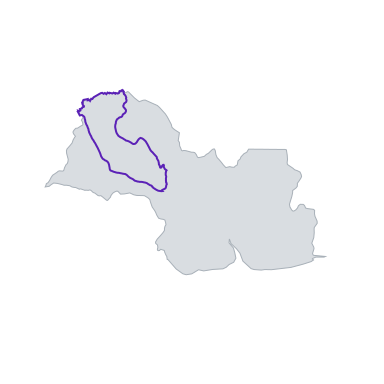 IX-2 Rewa(Illiwa)/U.E, Upper Takutu-Upper Essequibo, Guyana shown in context, rotated 132°
{"feature_id": "73187651B68809145182680", "entity_name": "IX-2 Rewa(Illiwa)/U.E", "entity_type": "district", "adm_level": 2, "iso_a3": "GUY", "parent_name": "Guyana", "parent_adm1": "Upper Takutu-Upper Essequibo", "projection": "orthographic", "projection_center": [-58.667, 2.726], "detail": "fine", "context": "in_parent", "style": "outline", "palette": "violet", "viewbox_px": 384, "rotation_deg": 132, "n_neighbors": 0, "source": "geoboundaries", "source_scale": "gbopen_adm2", "svg_char_len": 9601}
<svg xmlns="http://www.w3.org/2000/svg" viewBox="0 0 384 384"><g transform="rotate(132 192 192)"><path d="M122.3,178.6L114.2,169.5L106.1,160.3L98.1,151.3L97.5,150.1L100.9,145.9L103.9,142.8L106.5,141.0L107.7,139.5L106.8,132.9L106.8,130.6L105.7,128.0L104.9,125.1L105.9,122.7L107.1,121.0L108.7,120.4L112.4,119.8L115.1,119.5L116.0,118.6L117.5,117.5L119.6,117.4L123.5,118.2L125.3,116.7L128.6,114.8L135.9,111.4L137.6,109.2L138.7,105.7L138.6,104.1L137.8,103.5L136.0,102.9L133.3,102.9L131.0,103.7L128.7,103.3L126.8,101.1L126.7,99.4L127.9,96.9L127.2,95.3L123.6,90.1L123.6,88.6L126.3,86.3L127.8,84.3L129.9,79.6L131.5,78.0L136.6,77.4L137.9,76.4L140.5,73.9L144.4,71.0L149.9,68.7L151.5,64.6L152.5,63.4L157.0,61.3L157.7,60.1L157.6,59.1L150.6,49.7L152.0,50.3L157.5,56.4L160.5,57.8L161.2,57.8L161.2,56.2L164.0,56.9L171.2,61.1L181.8,68.0L196.6,81.0L200.9,86.0L203.7,88.3L208.1,94.0L209.4,96.8L209.3,107.9L205.4,115.4L204.4,121.0L204.2,128.5L201.9,132.8L205.0,130.5L205.9,123.7L208.5,119.6L211.8,115.1L216.3,114.0L221.1,115.9L225.0,116.2L228.4,117.6L235.7,124.8L242.8,130.5L245.4,135.1L253.0,137.4L257.4,141.0L258.9,144.1L259.8,152.3L258.3,164.6L258.7,165.3L256.7,167.7L256.3,169.2L255.0,172.0L254.0,173.5L255.5,176.9L257.2,177.0L257.9,177.5L258.3,178.2L258.2,178.9L257.6,179.5L255.9,180.4L254.4,182.3L254.5,184.5L253.6,185.6L250.4,186.3L244.3,186.3L241.3,186.4L238.9,186.8L237.4,188.2L235.4,189.2L233.8,189.4L232.4,191.1L231.0,193.4L231.5,195.0L232.9,197.1L233.8,199.3L232.7,202.8L231.4,205.5L230.7,207.6L229.8,211.5L227.4,215.9L225.8,218.4L225.8,221.1L226.6,225.0L231.4,230.6L233.0,233.3L234.3,237.6L238.6,240.9L241.4,243.7L241.1,247.3L241.5,248.4L243.2,249.3L245.2,250.0L247.5,250.0L249.5,249.7L250.0,249.2L254.7,249.1L255.3,250.0L255.5,255.2L255.7,257.3L256.8,258.2L257.5,259.4L257.6,260.6L257.8,263.5L258.5,265.1L258.4,268.2L258.8,269.3L260.1,270.1L261.8,272.3L262.4,272.6L262.7,273.4L264.1,276.6L264.9,277.5L265.4,277.6L265.6,278.7L266.6,281.7L267.3,282.4L268.6,284.6L269.1,287.0L270.9,289.7L272.6,291.6L273.4,293.5L275.7,297.8L277.9,300.8L280.9,301.6L283.4,302.0L284.9,303.2L286.5,304.5L284.8,305.0L283.3,305.8L281.3,305.2L278.5,305.6L275.5,306.4L272.8,306.8L267.7,305.5L266.1,305.3L265.0,304.7L262.9,302.0L261.9,301.7L259.2,303.0L255.9,303.9L254.2,303.7L252.3,304.6L250.6,305.8L247.2,311.0L245.4,312.9L243.6,313.7L239.8,313.7L235.8,313.9L232.8,315.2L230.0,315.8L228.6,315.9L228.1,318.7L227.5,320.1L226.6,320.8L224.4,321.1L222.4,321.0L221.2,319.8L219.0,319.2L217.1,318.7L215.8,318.1L214.8,318.2L213.9,319.4L213.2,320.5L212.6,322.3L209.6,322.9L208.4,324.0L209.1,327.5L208.8,328.9L208.1,329.9L204.5,330.2L201.5,330.1L199.7,331.4L197.5,332.9L196.2,333.2L194.6,333.1L192.5,331.3L190.5,329.2L185.4,327.7L180.4,326.4L177.1,323.0L176.3,321.3L174.7,320.6L170.8,316.5L168.6,313.9L166.3,313.2L163.6,312.1L163.7,310.2L163.5,308.4L162.3,307.6L160.7,307.2L160.1,306.1L160.3,303.7L160.6,297.6L160.2,291.7L156.5,289.7L155.0,288.3L152.2,279.6L150.9,275.6L150.9,272.7L151.8,264.0L152.8,260.3L155.6,252.7L157.3,250.2L157.4,248.3L157.2,245.8L156.4,241.0L161.1,237.9L163.1,236.6L163.5,234.6L166.0,232.0L167.1,229.5L168.1,227.6L167.8,226.6L166.7,226.0L165.4,224.2L162.7,218.9L161.7,217.8L160.9,216.3L161.3,213.9L162.4,211.4L162.2,210.3L160.6,209.0L157.2,206.7L154.4,206.5L152.3,205.7L149.1,205.5L146.6,205.3L145.1,204.4L145.4,203.0L146.0,202.0L148.2,199.3L149.6,196.4L149.8,193.7L150.3,190.0L150.9,186.8L151.2,183.2L147.9,180.9L146.8,178.9L145.4,177.2L143.9,177.2L141.6,176.5L138.0,178.7L135.2,178.3L133.2,179.1L128.7,179.0L125.8,177.9L122.3,178.6Z" fill="#d9dde1" stroke="#a8b0b8" stroke-width="1"/><path d="M192.9,225.4L192.9,226.2L193.1,227.0L193.1,227.3L193.0,227.9L192.8,228.4L192.6,228.8L192.5,229.1L192.2,229.7L192.0,230.0L191.7,230.2L191.4,230.4L191.1,230.6L190.9,230.9L190.8,231.3L191.1,231.6L191.4,231.7L191.8,231.7L192.1,231.6L192.5,231.6L192.9,231.7L193.2,231.6L193.5,231.4L193.8,231.2L194.6,231.3L194.9,231.5L195.0,231.8L195.1,232.1L194.9,232.4L194.7,232.8L194.4,233.1L194.1,233.4L193.9,234.1L193.8,234.4L193.7,234.9L193.5,235.2L193.3,235.4L193.0,235.7L192.2,236.6L192.1,236.9L191.6,237.5L191.4,237.8L191.1,238.9L190.9,239.3L190.7,240.1L190.6,240.5L190.3,240.8L189.8,241.3L189.6,241.6L189.1,246.7L188.9,247.8L188.9,248.3L189.0,248.8L188.9,249.2L188.9,249.5L188.8,250.4L188.5,251.4L188.2,252.2L187.9,252.9L187.7,253.5L187.5,254.0L187.3,254.4L187.0,255.4L186.7,256.1L186.2,257.5L185.8,258.9L185.5,259.7L185.4,260.3L185.3,260.8L185.3,261.8L185.3,263.1L185.3,263.5L185.4,264.0L185.5,264.8L185.7,265.2L186.0,265.9L186.1,266.2L186.3,266.5L187.5,266.8L188.3,266.9L189.0,266.9L190.2,266.7L190.5,266.7L191.7,266.4L192.0,266.4L192.8,266.4L193.5,266.4L193.9,266.5L194.3,266.6L194.7,266.9L195.1,267.2L195.7,267.9L195.8,268.2L195.9,268.6L196.0,269.4L196.1,270.2L196.1,270.6L196.3,271.3L196.5,272.1L196.7,273.0L197.3,274.4L197.7,275.1L197.9,275.4L198.0,275.8L198.0,276.3L198.0,276.6L198.4,278.5L198.4,279.1L198.9,280.9L199.1,281.5L199.1,281.9L199.3,282.3L199.3,282.7L199.4,283.5L199.5,284.3L199.4,284.6L199.1,285.8L199.0,286.2L198.9,286.5L198.8,286.9L198.5,287.7L198.1,288.4L197.9,288.8L197.4,289.5L197.1,289.9L196.9,290.2L196.7,290.5L196.4,290.8L196.2,291.2L195.9,291.6L195.4,292.2L195.2,292.5L194.5,293.1L193.3,294.0L192.3,294.4L191.6,294.8L191.4,295.0L191.1,295.3L190.8,295.5L190.4,295.6L189.8,295.9L189.0,296.1L188.6,296.3L188.2,296.3L187.7,296.3L187.3,296.2L187.0,296.1L186.6,296.0L186.2,295.9L185.8,296.0L185.0,295.7L184.6,295.5L184.0,295.0L183.6,294.8L183.2,294.7L182.9,294.6L182.5,294.6L181.7,294.8L181.4,295.0L181.1,295.1L180.7,295.2L180.4,295.2L180.0,295.2L179.5,295.0L179.1,294.9L178.3,294.7L177.5,294.7L177.2,294.8L176.5,295.0L176.2,295.1L175.6,295.6L175.4,295.9L175.2,296.2L175.1,296.5L175.0,297.4L174.9,297.7L174.8,298.1L174.8,298.8L174.7,299.5L174.5,300.1L174.2,300.5L173.9,300.8L173.6,300.9L173.3,301.0L172.9,301.1L172.3,301.4L171.8,301.6L171.3,301.6L170.9,301.5L170.5,301.4L169.7,301.3L169.3,301.2L168.9,301.3L168.1,301.7L167.8,301.9L167.5,302.2L167.0,303.1L166.7,303.6L166.3,303.8L165.9,304.0L165.7,304.2L165.5,304.7L165.1,305.4L165.0,305.8L164.9,306.1L164.8,306.5L164.7,306.8L164.8,308.0L164.7,308.3L164.7,308.7L164.5,308.2L164.0,309.4L163.1,309.7L162.7,311.7L163.6,311.8L163.7,312.4L164.9,312.3L165.5,313.3L167.4,312.5L168.5,313.0L169.6,315.1L170.3,314.9L170.6,316.7L172.0,317.0L173.4,319.6L174.0,319.5L174.6,321.3L176.6,321.1L176.7,323.0L178.2,323.4L178.4,325.1L179.5,325.9L187.4,328.5L189.5,328.3L190.1,329.3L192.5,328.7L192.3,329.7L193.7,330.9L192.7,331.7L193.3,332.1L196.2,334.3L198.2,333.7L198.9,332.9L199.3,333.2L200.3,331.7L200.5,329.7L201.1,329.4L202.3,330.1L203.6,329.8L205.3,330.8L206.1,329.5L207.1,329.8L207.7,331.0L208.1,330.2L208.7,330.6L210.2,326.6L208.4,325.3L208.2,322.7L208.3,322.3L208.4,322.0L208.6,321.7L209.1,321.1L209.3,320.8L209.5,320.5L209.8,319.8L210.1,319.5L210.8,318.6L211.1,318.4L211.3,318.1L211.5,317.7L211.7,317.2L211.9,316.9L212.4,316.0L212.7,315.2L212.8,314.9L213.0,314.1L213.5,313.4L213.7,312.8L214.0,312.4L214.1,312.1L214.3,311.7L214.4,311.3L214.6,311.0L214.9,310.7L215.4,310.1L215.8,309.4L216.1,308.8L216.4,308.5L216.6,308.2L216.7,307.8L216.9,307.4L217.2,306.6L217.7,305.5L217.9,304.7L218.0,304.3L218.2,304.0L218.4,303.6L218.6,303.3L218.9,302.5L219.2,301.7L219.3,301.2L219.5,300.3L219.6,299.5L219.8,299.2L220.0,298.8L220.1,298.4L220.2,298.0L220.3,297.6L220.4,297.1L220.5,296.7L220.8,295.9L220.9,295.6L221.2,294.9L221.3,294.5L221.5,294.0L221.6,293.6L221.8,293.3L222.0,292.6L222.1,292.2L222.8,290.5L223.0,290.1L223.3,289.3L223.8,288.2L224.0,287.7L224.3,287.0L225.0,285.6L226.1,283.7L226.3,283.3L226.5,282.8L226.5,282.5L226.6,282.1L226.8,281.7L226.9,281.2L227.0,280.7L227.0,280.2L226.9,279.8L226.8,279.5L226.7,278.3L226.7,278.0L226.6,277.6L226.5,277.3L226.2,276.6L226.1,276.2L226.1,275.4L226.1,274.6L226.3,273.8L226.6,273.1L227.0,272.4L227.2,272.0L227.6,271.4L227.9,271.1L228.2,270.7L228.4,270.4L229.0,269.6L229.8,268.7L230.0,268.4L230.3,267.9L230.5,267.2L230.5,266.8L230.4,266.5L230.2,266.1L230.0,265.7L229.9,265.2L229.6,264.4L229.4,264.0L229.2,263.3L229.0,263.0L228.7,262.4L228.6,262.1L228.2,261.3L227.6,260.3L227.3,259.9L227.1,259.7L226.8,259.3L226.3,258.5L226.1,258.1L225.5,257.1L225.2,256.7L224.9,256.0L224.5,255.4L224.0,254.6L223.7,254.2L223.3,253.6L223.2,253.2L223.2,252.8L223.0,252.3L223.0,251.1L223.1,249.8L223.1,249.5L223.0,248.4L222.9,247.9L222.9,247.4L222.3,245.6L222.1,244.8L221.9,243.9L222.0,243.0L221.9,242.6L221.9,242.1L221.3,241.0L221.2,240.6L220.8,239.9L220.7,239.5L220.2,238.9L219.9,238.4L219.7,238.1L219.5,237.7L219.0,237.1L218.7,236.8L218.4,236.5L218.2,236.2L218.0,235.9L217.4,235.0L217.3,234.7L216.2,232.9L215.9,232.2L215.6,231.4L215.5,231.0L215.5,230.5L215.4,229.8L215.2,229.0L215.1,228.1L214.9,227.5L214.5,226.7L214.4,226.3L214.5,225.4L214.7,225.2L214.6,224.4L214.7,224.0L214.8,223.7L214.8,223.3L214.7,222.8L214.6,222.4L214.5,222.1L214.5,221.7L214.5,221.3L214.4,220.9L214.3,220.5L214.2,220.0L214.2,219.7L214.0,219.3L213.8,218.4L213.7,218.1L213.5,217.7L213.0,217.0L212.6,216.3L212.3,216.0L211.9,215.3L211.6,215.1L211.3,214.8L211.3,215.2L211.3,215.4L211.0,215.6L210.6,215.5L210.1,215.3L209.7,215.2L209.3,215.0L208.9,214.9L208.6,214.7L208.1,214.5L207.8,214.4L207.1,214.2L206.6,214.3L205.8,214.6L205.5,214.8L205.1,215.0L204.8,215.2L204.6,215.4L203.8,215.8L203.4,215.9L203.0,216.0L202.6,216.8L202.4,217.2L202.1,217.4L202.1,217.8L201.5,218.4L201.2,218.7L201.0,219.0L200.6,219.3L200.3,219.5L199.8,220.1L198.7,220.9L198.3,221.1L198.0,221.3L197.7,221.6L197.3,222.2L197.2,222.5L197.0,222.8L196.8,223.0L196.2,223.6L195.9,223.8L195.3,224.4L194.9,224.6L194.5,224.7L194.2,225.0L193.9,225.2L193.5,225.3L192.9,225.4Z" fill="none" stroke="#5b21b6" stroke-width="2"/></g></svg>